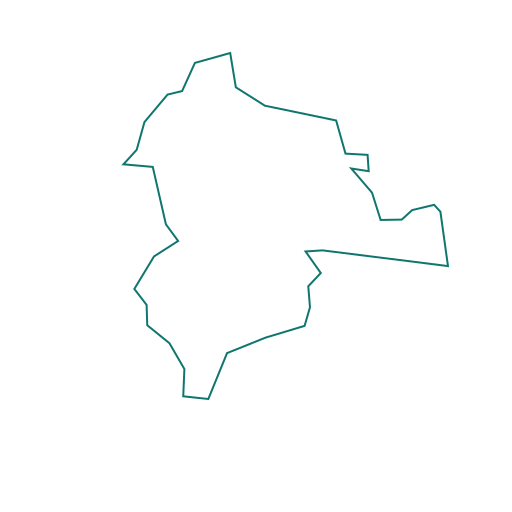 Taliaferro, Georgia, United States of America, rotated 123°
{"feature_id": "52423323B2768857989995", "entity_name": "Taliaferro", "entity_type": "district", "adm_level": 2, "iso_a3": "USA", "parent_name": "United States of America", "parent_adm1": "Georgia", "projection": "mercator", "projection_center": [-82.883, 33.586], "detail": "fine", "context": "isolated", "style": "outline", "palette": "teal", "viewbox_px": 512, "rotation_deg": 123, "n_neighbors": 0, "source": "geoboundaries", "source_scale": "gbopen_adm2", "svg_char_len": 655}
<svg xmlns="http://www.w3.org/2000/svg" viewBox="0 0 512 512"><g transform="rotate(123 256 256)"><path d="M116.1,134.5L132.4,150.0L146.1,153.6L157.9,171.1L139.7,193.2L130.7,223.7L123.5,207.7L110.4,217.5L121.4,236.7L98.7,262.6L125.1,330.4L125.5,364.8L99.8,388.2L127.3,412.4L157.9,407.8L168.8,418.1L204.4,422.5L231.9,413.9L251.3,417.1L237.5,391.1L278.5,348.8L285.8,329.5L311.9,341.3L349.9,340.1L356.6,321.1L373.3,309.5L376.3,281.1L389.8,254.5L413.3,240.6L401.9,218.1L353.2,227.4L319.2,203.5L288.1,177.2L269.6,182.8L252.9,195.7L235.0,192.4L225.2,216.9L215.0,203.2L159.9,89.5L118.4,125.5L116.1,134.5Z" fill="none" stroke="#0f766e" stroke-width="2"/></g></svg>